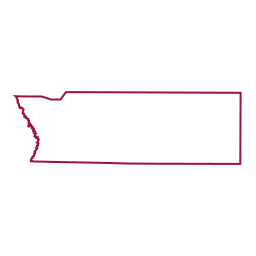 outline of Copo, Santiago del Estero, Argentina
{"feature_id": "61730980B42398597949751", "entity_name": "Copo", "entity_type": "district", "adm_level": 2, "iso_a3": "ARG", "parent_name": "Argentina", "parent_adm1": "Santiago del Estero", "projection": "natural_earth1", "projection_center": [-63.674, -25.942], "detail": "fine", "context": "isolated", "style": "outline", "palette": "rose", "viewbox_px": 256, "rotation_deg": 0, "n_neighbors": 0, "source": "geoboundaries", "source_scale": "gbopen_adm2", "svg_char_len": 4502}
<svg xmlns="http://www.w3.org/2000/svg" viewBox="0 0 256 256"><path d="M240.3,163.9L240.6,92.8L66.0,92.1L60.5,99.5L51.2,99.5L41.7,96.5L19.8,96.4L15.4,96.2L15.5,96.3L16.1,96.3L16.5,96.4L16.4,97.0L16.5,97.4L16.8,97.5L16.9,97.8L16.7,97.9L16.7,98.4L16.9,98.9L17.0,99.1L17.4,99.7L17.4,99.9L17.9,100.1L18.0,100.2L17.9,101.0L17.7,101.2L17.7,101.4L17.8,101.5L17.5,102.0L17.5,102.5L17.9,103.0L18.1,103.0L18.2,103.3L18.3,103.5L18.5,103.8L19.0,104.2L19.1,104.4L19.2,105.0L18.9,105.7L19.3,106.1L19.4,106.3L19.4,106.5L19.4,107.0L19.5,107.4L19.8,107.6L20.2,107.5L20.1,107.9L20.1,108.1L20.4,108.2L20.5,108.1L20.6,107.9L20.8,107.8L21.2,107.9L21.4,107.8L21.9,107.9L22.2,108.4L22.6,108.4L22.8,108.5L23.0,108.8L23.3,109.2L23.5,109.3L23.6,110.0L23.3,110.3L23.2,110.7L23.0,111.0L22.9,111.5L22.8,111.8L22.7,112.0L22.7,112.3L22.8,112.5L22.7,113.1L22.7,113.3L22.9,113.5L22.9,113.8L23.1,113.9L23.2,114.0L23.3,113.9L23.7,113.8L23.7,114.0L23.6,114.3L23.8,114.4L24.2,114.3L24.3,114.5L24.5,115.2L24.5,115.6L24.6,115.8L24.4,116.2L24.3,116.4L24.6,116.4L25.3,116.2L25.4,116.3L25.7,116.4L25.8,116.5L25.6,117.0L25.2,116.9L25.1,117.1L25.5,117.3L26.0,117.5L25.9,117.7L25.8,117.8L26.2,118.1L26.3,118.0L26.1,117.8L26.1,117.6L26.3,117.5L26.5,117.4L26.6,117.5L26.5,117.9L26.8,118.0L27.1,118.7L27.4,118.8L27.6,119.0L28.0,119.0L27.9,119.3L27.9,119.5L28.1,120.0L28.8,120.4L28.9,120.6L28.8,120.9L29.0,121.0L29.1,121.5L28.5,121.7L28.5,121.8L28.6,122.0L28.9,121.9L29.0,121.8L29.0,122.1L29.1,122.5L29.5,122.8L29.6,123.1L29.5,123.3L29.4,123.3L29.1,122.8L28.9,122.8L28.9,123.0L28.6,123.3L28.6,123.6L28.8,123.7L28.8,123.9L28.8,124.1L28.9,124.3L28.7,125.0L28.4,125.6L28.3,126.1L28.3,126.5L28.7,126.6L28.8,126.4L28.6,126.1L28.8,125.9L28.8,126.0L29.0,126.0L28.9,125.8L28.9,125.6L29.0,125.3L28.9,125.2L29.0,124.8L29.2,124.7L29.5,124.5L29.4,125.1L29.3,125.3L29.5,125.5L29.6,125.3L29.8,125.3L30.1,125.5L30.5,125.2L30.6,124.9L30.9,124.6L31.0,124.7L31.1,124.9L31.0,125.1L31.1,125.4L30.7,125.7L30.6,126.0L30.8,126.0L30.9,125.9L31.1,125.9L31.3,126.0L31.5,126.3L31.4,126.5L31.5,127.0L32.2,126.4L32.3,126.5L32.2,126.8L32.2,127.0L32.3,127.0L32.4,127.3L32.3,127.6L32.3,127.8L32.1,128.2L32.1,128.4L32.2,128.7L32.4,128.8L32.6,128.7L32.4,128.5L32.3,128.4L32.4,128.2L32.5,127.8L32.8,128.0L32.9,127.9L32.7,127.7L32.9,127.5L33.0,127.6L33.1,127.9L32.9,128.7L32.7,129.0L32.9,129.2L33.0,129.1L33.5,129.1L33.7,129.4L33.5,129.5L33.8,129.7L34.0,129.5L34.1,129.9L34.1,130.0L33.8,129.9L33.4,130.2L33.3,130.4L33.3,130.6L33.1,130.8L33.0,131.1L33.3,131.2L33.2,130.9L33.4,130.6L33.7,130.8L33.8,131.0L34.3,131.2L34.5,130.9L34.7,131.0L34.8,131.3L34.9,131.5L34.6,131.3L34.5,131.6L34.1,131.6L34.4,132.1L34.3,132.3L34.6,132.2L34.7,132.3L34.7,132.5L34.8,132.6L35.1,133.1L34.7,133.2L34.7,133.4L34.7,133.6L34.9,134.0L34.9,134.5L35.0,134.7L35.3,134.6L35.1,135.0L35.0,135.3L34.7,135.6L34.4,136.1L34.4,136.3L34.5,136.4L34.8,136.5L35.0,136.5L35.2,136.3L35.2,136.1L35.4,136.0L35.4,136.7L35.3,136.8L35.6,136.9L35.8,137.0L36.1,136.8L36.3,136.9L36.5,137.0L36.4,137.1L36.2,137.0L35.8,137.2L35.8,137.4L36.0,137.9L36.3,137.9L36.2,137.6L36.2,137.4L36.4,137.3L36.6,137.4L36.9,137.3L37.0,137.4L36.9,137.6L37.0,137.8L37.2,137.4L37.5,137.3L37.7,137.2L37.7,137.4L37.6,137.5L37.4,137.6L37.7,137.8L37.9,138.0L38.2,138.4L37.9,138.5L38.0,138.7L38.2,138.8L38.3,139.1L38.6,139.3L38.5,139.5L38.5,139.8L38.4,139.9L38.5,140.0L38.2,140.4L38.1,140.7L38.0,140.8L37.9,141.0L38.1,141.1L38.1,141.4L38.1,141.5L37.8,141.8L37.8,142.0L37.4,142.3L37.4,142.5L37.6,142.8L37.5,143.0L37.3,143.0L37.1,143.0L37.3,143.3L37.6,143.4L38.1,143.4L38.3,143.5L38.2,143.7L38.0,143.8L38.1,144.0L38.1,144.4L38.0,144.5L38.1,144.8L38.1,145.0L37.6,145.0L37.4,145.2L37.0,145.6L37.0,145.9L37.4,145.7L37.5,145.6L37.4,146.1L37.4,146.6L37.4,146.8L37.3,147.0L37.2,147.0L37.1,146.7L36.9,146.7L36.8,146.8L36.7,147.0L36.7,147.4L36.8,147.3L37.1,147.7L37.0,147.8L36.7,147.7L36.5,147.8L36.9,148.0L37.1,148.5L36.9,148.8L36.6,149.5L36.4,149.7L36.0,149.8L35.6,150.3L35.3,151.3L35.2,151.5L35.0,151.4L34.8,151.4L34.8,151.6L34.6,151.7L34.6,151.8L35.2,152.1L35.2,152.3L35.2,152.5L34.7,152.8L34.9,153.3L34.8,153.5L34.2,153.8L34.3,154.0L34.5,154.4L34.5,154.7L34.1,155.0L34.1,155.3L33.7,155.6L33.7,155.9L33.3,156.2L33.2,156.3L33.4,156.5L33.0,156.6L32.8,156.8L32.7,156.9L32.6,157.6L32.6,157.8L31.9,157.7L31.4,158.9L31.3,159.0L31.1,159.4L31.2,160.0L31.4,160.2L31.7,160.4L31.6,160.5L31.3,160.4L31.0,160.5L31.0,160.8L30.8,160.8L30.9,161.2L31.4,161.2L31.4,161.4L52.4,161.9L105.5,162.9L126.0,163.5L154.3,163.7L240.3,163.9Z" fill="none" stroke="#9f1239" stroke-width="2"/></svg>